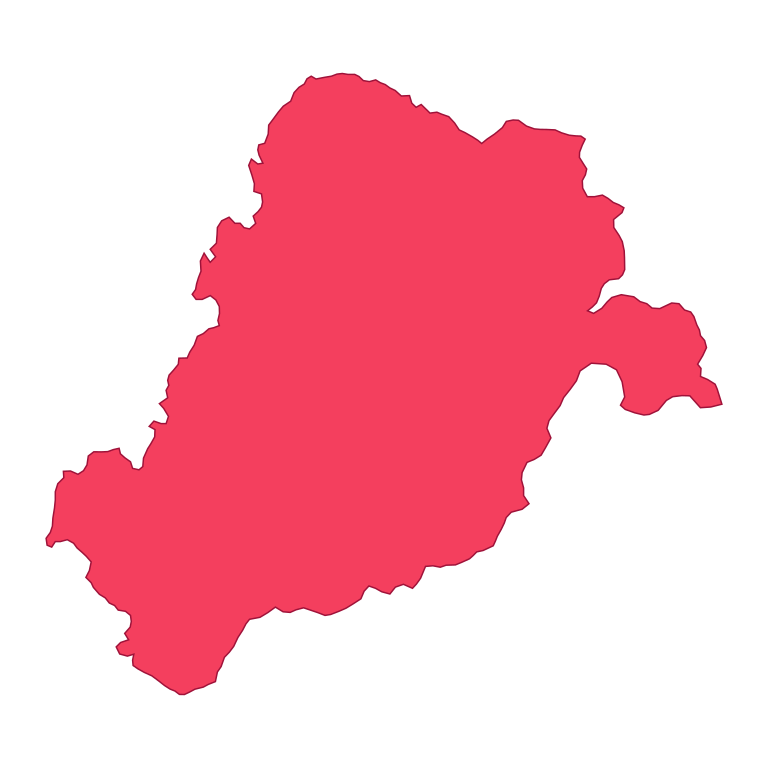 São Luís de Montes Belos, Goiás, Brazil
{"feature_id": "56859067B21556461404452", "entity_name": "São Luís de Montes Belos", "entity_type": "district", "adm_level": 2, "iso_a3": "BRA", "parent_name": "Brazil", "parent_adm1": "Goiás", "projection": "mercator", "projection_center": [-50.378, -16.461], "detail": "fine", "context": "isolated", "style": "filled", "palette": "rose", "viewbox_px": 768, "rotation_deg": 0, "n_neighbors": 0, "source": "geoboundaries", "source_scale": "gbopen_adm2", "svg_char_len": 4267}
<svg xmlns="http://www.w3.org/2000/svg" viewBox="0 0 768 768"><path d="M582.7,188.2L582.3,180.6L585.4,174.8L586.7,169.0L583.0,163.2L579.4,157.4L579.6,152.2L582.2,145.3L585.2,139.1L580.9,136.1L575.8,135.9L569.2,135.2L561.2,132.7L555.1,129.9L546.5,129.5L540.2,129.4L534.4,128.9L526.5,126.1L518.5,120.3L513.1,120.0L506.3,121.4L502.4,127.6L494.5,134.1L487.1,139.1L481.7,143.5L477.8,140.3L472.5,136.9L465.1,132.7L459.2,129.9L454.6,123.0L448.8,116.7L441.7,114.2L436.9,112.2L430.0,113.1L425.2,108.4L421.2,104.5L416.1,107.3L411.8,103.2L409.5,95.6L401.3,96.0L395.2,90.5L389.8,87.9L385.3,84.6L380.3,82.7L375.7,79.9L369.4,81.6L363.3,80.6L359.0,76.5L354.7,74.4L347.9,74.4L342.3,73.5L337.0,74.1L331.4,76.2L324.2,77.4L316.0,79.0L311.2,76.2L307.0,78.8L304.3,84.0L299.0,87.3L294.1,92.6L290.7,101.2L283.3,106.2L278.5,111.9L273.2,119.1L268.7,125.1L268.2,134.1L264.7,143.3L258.8,144.9L257.8,149.9L259.1,155.2L262.9,163.2L257.8,164.0L251.4,159.1L248.7,165.4L252.0,175.4L254.4,183.7L253.9,191.4L261.5,193.9L262.6,202.0L261.5,207.2L258.0,211.7L253.2,216.1L255.7,223.4L249.6,228.9L244.0,227.7L240.2,223.3L234.9,223.3L229.1,217.2L221.7,220.8L217.4,227.5L217.1,234.2L216.4,243.2L210.2,249.3L215.6,256.8L210.2,262.3L207.1,257.9L204.1,253.2L200.4,261.0L201.0,271.2L198.5,277.6L196.6,283.9L195.6,289.5L192.2,294.3L196.1,299.4L202.2,299.4L210.3,295.6L215.9,300.0L219.3,306.5L219.5,313.6L217.9,320.5L219.3,325.6L213.7,327.7L208.9,328.8L203.3,333.6L197.4,336.4L194.2,345.2L189.8,352.1L187.2,358.0L178.9,358.2L178.3,364.3L173.6,370.1L169.1,375.1L167.7,380.3L168.8,385.4L166.1,390.3L167.7,397.8L159.4,403.6L163.7,408.4L168.5,416.4L166.1,423.6L161.1,423.6L153.9,421.1L149.2,426.4L155.0,429.6L154.7,436.9L151.0,443.5L147.7,448.7L143.5,458.1L142.8,466.6L139.0,469.8L132.6,468.4L130.5,461.8L125.0,457.9L120.4,453.8L119.1,448.3L113.3,449.6L107.9,451.6L101.4,451.9L93.8,451.8L88.3,456.0L87.0,464.9L83.5,470.7L78.0,474.3L70.5,471.0L63.4,471.3L63.8,477.7L57.8,483.7L55.3,491.7L55.3,500.0L54.5,508.0L52.9,518.1L52.4,526.2L50.3,532.5L46.1,538.3L47.1,545.2L51.7,547.1L55.3,541.6L60.2,541.6L67.3,539.7L73.6,543.2L77.1,548.0L81.6,551.9L86.1,556.1L91.2,561.9L89.4,570.5L85.9,577.4L91.2,582.7L93.4,587.4L99.4,594.3L105.3,597.9L109.3,603.0L114.6,605.5L118.2,610.1L125.5,611.3L130.5,615.4L131.3,621.5L130.2,627.1L124.7,633.4L128.6,639.8L120.6,642.5L116.2,646.9L119.7,654.0L127.4,656.1L133.8,654.2L132.6,660.2L133.1,665.5L138.0,668.9L144.3,672.4L151.8,675.8L159.2,681.3L164.5,685.5L170.1,689.1L174.9,691.0L179.4,694.4L184.4,694.5L189.3,692.2L194.9,689.2L203.3,687.1L208.3,684.4L215.4,681.6L217.4,672.0L221.1,666.6L224.4,657.3L229.3,652.2L233.7,646.4L237.9,637.5L242.7,630.1L245.9,623.9L249.5,619.3L260.0,617.3L267.8,612.6L275.4,607.1L283.1,611.8L290.2,612.4L296.0,609.8L303.6,607.8L317.8,612.6L325.0,615.4L330.6,614.5L338.9,611.3L346.0,608.2L352.9,604.0L360.9,598.8L364.1,591.2L368.9,586.0L375.5,588.3L381.8,591.8L389.9,594.0L395.4,587.1L403.4,584.3L412.5,588.3L416.4,584.1L420.6,578.2L425.5,566.4L432.9,565.8L440.3,567.2L446.1,565.2L455.4,564.9L461.5,562.4L469.5,558.8L473.2,555.5L476.7,551.9L483.1,550.5L493.2,545.8L495.4,541.1L497.3,536.3L501.2,529.4L504.3,523.0L506.2,517.5L511.2,512.2L522.2,509.2L529.0,503.7L523.6,495.6L523.6,487.9L521.4,479.8L522.1,472.6L527.0,462.4L534.4,459.3L541.1,455.2L545.5,447.7L550.9,437.9L546.9,428.3L549.0,420.6L554.5,413.1L560.1,405.6L563.6,397.6L570.2,389.3L576.4,380.8L580.1,370.9L591.3,363.2L606.2,364.2L616.5,369.8L622.1,381.7L624.7,397.0L620.5,405.2L625.2,409.4L634.7,412.8L643.9,415.0L649.4,414.4L658.2,410.3L666.4,400.4L672.7,396.7L681.9,395.6L689.8,395.8L700.4,407.7L710.8,407.0L721.9,404.2L717.2,389.1L715.1,384.2L707.6,379.5L700.5,376.5L701.0,368.4L697.6,364.2L702.8,355.5L706.5,347.6L704.6,340.5L700.5,335.7L699.4,330.0L696.8,324.9L693.9,316.6L690.7,312.0L684.5,310.0L679.0,303.7L671.7,303.0L659.8,308.6L652.1,308.1L646.8,303.7L640.1,301.6L633.8,296.8L621.3,294.7L611.8,297.5L607.2,301.9L601.8,308.3L593.6,313.4L587.5,310.8L592.3,307.0L596.5,302.8L599.2,296.2L601.3,288.4L604.3,283.7L609.3,279.8L618.6,278.7L622.5,274.8L624.7,269.6L624.5,257.9L624.2,250.8L622.3,241.6L619.1,235.5L613.8,227.5L613.6,219.5L622.0,212.6L623.9,207.8L618.9,204.8L613.3,202.5L607.9,198.3L602.4,195.1L594.5,196.7L587.3,196.7L582.7,188.2Z" fill="#f43f5e" stroke="#9f1239" stroke-width="1.5"/></svg>